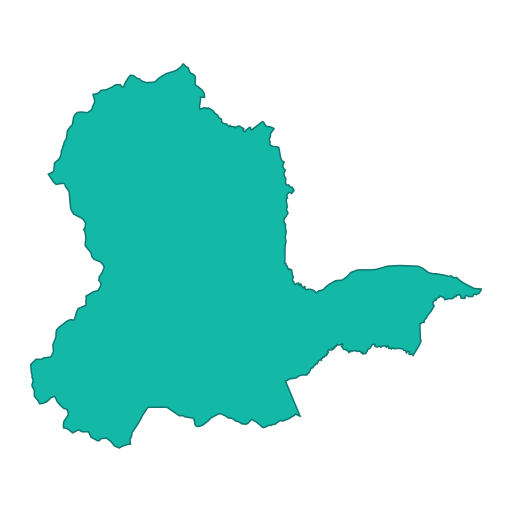 the district of Pablo Sexto, Morona Santiago, Ecuador
{"feature_id": "8360857B79368212574342", "entity_name": "Pablo Sexto", "entity_type": "district", "adm_level": 2, "iso_a3": "ECU", "parent_name": "Ecuador", "parent_adm1": "Morona Santiago", "projection": "natural_earth1", "projection_center": [-78.197, -1.841], "detail": "fine", "context": "isolated", "style": "filled", "palette": "teal", "viewbox_px": 512, "rotation_deg": 0, "n_neighbors": 0, "source": "geoboundaries", "source_scale": "gbopen_adm2", "svg_char_len": 5967}
<svg xmlns="http://www.w3.org/2000/svg" viewBox="0 0 512 512"><path d="M65.3,186.2L69.1,191.4L70.5,207.3L71.2,210.0L73.7,214.1L82.7,218.8L85.6,222.8L85.1,227.6L83.6,229.4L84.5,230.6L85.2,233.1L85.9,237.7L85.1,245.1L86.2,247.0L90.9,252.6L91.8,256.6L94.2,259.4L100.3,261.8L102.4,264.0L104.0,266.5L104.1,267.6L102.4,272.2L99.3,276.7L98.9,280.2L100.7,282.9L101.0,285.2L98.1,290.5L93.3,291.8L85.9,296.2L86.3,298.9L85.9,300.3L86.0,305.3L78.3,308.5L76.7,311.6L74.5,319.4L73.3,320.2L70.7,319.6L67.3,320.9L59.1,327.2L56.9,329.5L56.2,331.3L55.9,337.2L52.9,344.7L53.4,351.9L51.1,356.4L49.7,357.2L43.5,357.9L41.6,359.4L36.1,359.2L30.7,364.5L31.2,371.1L32.2,375.9L31.9,377.3L32.7,378.5L33.0,380.4L32.9,382.1L32.0,384.4L32.1,386.4L34.3,390.0L34.3,396.1L38.2,401.0L39.5,403.7L41.9,403.6L46.6,401.9L51.1,397.6L54.2,396.4L55.2,397.1L57.1,401.5L60.6,405.7L64.2,408.7L66.2,408.8L67.0,409.6L68.0,411.9L68.3,414.9L63.9,421.4L63.4,424.5L63.6,427.9L66.9,428.4L72.8,432.9L78.4,429.8L82.1,431.8L88.0,431.8L89.3,433.2L91.0,437.2L97.7,440.8L99.3,440.7L100.6,438.8L106.2,438.0L110.6,441.2L114.5,446.0L119.1,448.0L122.2,446.3L128.3,444.2L130.4,444.2L130.0,439.9L131.6,435.9L131.9,433.0L138.5,423.0L143.1,414.5L147.9,407.3L166.8,407.2L179.3,415.7L183.3,415.7L184.5,416.7L193.5,418.3L194.4,420.7L195.1,424.8L196.5,426.3L197.7,426.5L199.5,426.4L202.8,425.1L208.5,420.6L210.6,418.2L218.6,413.8L221.1,413.9L225.5,415.9L228.4,418.0L231.1,418.1L233.5,419.1L235.4,420.9L238.8,421.8L241.7,423.8L246.3,424.2L248.1,423.1L251.5,419.5L252.1,419.6L256.9,422.4L263.0,427.6L266.0,426.9L268.5,425.2L270.7,425.5L272.7,424.5L275.2,424.2L279.0,421.2L281.0,420.5L282.8,421.1L290.3,418.0L291.8,416.6L292.6,416.6L293.2,415.8L294.1,415.7L295.5,414.1L300.1,416.2L285.5,381.1L289.9,378.9L296.3,377.9L298.7,376.0L301.8,375.0L306.9,375.0L306.9,374.1L307.9,373.7L309.1,372.4L311.1,368.4L313.1,367.6L314.0,365.7L314.8,365.5L315.9,363.8L317.5,363.6L318.6,360.6L320.2,359.9L321.4,360.3L321.3,358.6L322.5,358.3L322.8,357.2L324.0,357.2L325.1,355.7L326.2,355.6L326.5,354.6L327.1,354.6L327.3,353.5L328.4,352.3L327.8,351.1L328.5,349.8L331.1,350.1L332.1,349.6L332.2,348.4L333.1,349.3L334.2,348.2L334.2,347.1L334.9,347.4L335.2,346.2L335.9,346.4L336.9,345.4L336.8,344.5L339.8,345.1L342.5,343.9L342.9,344.6L341.6,346.4L343.7,349.4L346.5,349.8L348.9,352.4L349.3,351.2L350.6,351.8L351.1,350.7L352.0,351.1L354.9,350.6L357.5,351.6L358.3,351.1L360.6,351.5L361.4,353.0L362.7,352.4L362.8,353.8L365.5,353.7L367.2,351.2L367.4,349.9L370.4,347.9L371.4,345.8L372.6,344.6L374.5,344.2L374.9,344.5L375.0,346.3L377.1,347.1L378.9,346.2L380.9,347.3L381.5,346.2L385.1,345.9L386.6,347.3L387.1,346.0L387.6,345.8L388.3,346.2L389.0,348.6L390.6,348.1L391.6,349.0L392.5,347.8L394.5,348.8L398.3,348.3L402.6,348.9L403.8,350.3L405.7,350.6L406.4,352.9L407.8,351.4L408.9,351.4L409.3,351.9L408.9,353.4L409.2,354.3L412.3,354.2L413.1,355.5L419.3,345.2L420.9,341.5L420.3,337.4L419.9,323.9L421.0,323.6L421.6,322.6L424.2,322.2L424.1,320.6L425.4,318.8L426.6,318.1L426.9,316.4L431.2,311.1L434.1,305.9L432.8,304.0L433.1,302.2L434.3,300.6L435.7,300.4L435.3,299.3L436.3,299.4L438.2,297.5L439.3,297.2L440.0,296.0L443.8,297.6L444.9,299.7L449.1,298.5L450.7,298.9L453.2,298.2L454.6,296.6L456.0,296.6L456.9,295.0L457.6,295.3L459.3,294.5L461.0,296.5L461.0,298.1L464.5,298.4L465.2,297.9L465.1,296.6L466.4,295.3L469.0,296.7L472.8,296.5L473.2,295.0L474.3,294.1L476.2,294.6L477.0,294.3L479.2,293.0L480.9,290.5L481.3,289.0L474.2,288.5L463.3,282.9L458.6,279.5L456.8,277.5L453.6,277.7L451.3,275.9L448.4,276.3L445.1,275.3L436.1,273.7L433.6,273.8L428.6,272.7L422.8,268.3L417.8,266.2L399.6,265.5L387.8,266.1L376.2,269.4L371.2,269.9L358.5,269.9L356.5,270.3L350.8,272.5L347.9,275.8L342.3,280.1L335.8,280.6L328.7,284.6L325.6,287.1L323.1,289.9L318.7,290.9L316.0,292.9L314.2,290.7L311.1,289.4L308.1,289.2L305.5,289.7L305.1,289.1L305.0,286.7L304.5,286.5L303.3,287.6L302.6,287.6L300.8,284.0L299.7,285.7L298.9,285.1L298.9,283.3L298.2,283.0L296.4,283.5L295.3,284.5L294.3,284.2L293.8,282.0L292.8,281.0L292.4,279.7L293.4,277.1L292.5,275.1L291.6,269.9L289.5,269.0L288.5,269.8L287.1,266.1L285.8,264.8L285.8,263.4L284.8,263.4L285.1,245.6L286.1,241.5L285.2,237.3L286.2,231.9L285.3,227.0L285.6,225.0L283.9,221.2L284.2,218.3L285.5,217.3L288.0,213.1L286.7,210.3L286.6,208.2L287.4,206.9L286.2,200.8L286.5,198.5L287.5,198.0L286.8,196.0L287.3,194.1L289.4,192.2L291.4,193.4L292.6,192.6L292.7,191.3L293.7,191.0L293.9,190.1L292.3,187.4L290.2,186.8L288.7,184.9L287.0,185.2L285.5,183.3L285.8,178.2L284.6,176.8L283.8,173.4L285.1,171.1L285.2,169.9L283.7,168.6L282.7,165.9L284.1,162.1L281.9,160.8L280.5,157.3L279.0,148.1L277.6,146.9L272.7,146.4L269.8,144.7L270.1,142.3L269.2,139.6L270.4,136.5L270.5,133.5L274.0,128.9L273.9,128.4L270.4,126.9L267.5,126.6L265.9,126.0L263.5,122.1L262.3,121.7L251.6,129.9L250.9,129.5L250.5,127.5L249.7,127.3L246.1,130.1L245.4,131.6L244.1,131.3L242.8,130.3L243.9,129.3L243.7,128.7L239.1,125.9L236.4,126.8L235.3,127.8L234.0,126.7L231.4,126.7L230.2,125.4L228.6,126.6L226.5,123.8L225.2,124.0L222.8,123.1L221.6,121.8L221.6,119.6L221.1,118.9L218.9,117.7L217.7,115.4L214.6,112.8L213.1,110.8L209.0,108.2L208.0,108.0L206.6,108.8L206.0,108.0L204.0,107.7L199.9,109.3L199.5,106.2L200.5,99.9L200.4,97.2L204.6,97.4L204.2,93.5L202.6,90.5L197.9,86.5L195.6,85.4L195.1,83.8L195.4,78.1L195.0,75.9L193.9,74.7L190.4,72.9L189.3,71.1L188.3,67.8L185.9,66.5L183.6,64.0L182.8,64.2L181.0,66.8L177.4,69.6L174.3,71.2L166.2,73.6L159.1,78.0L154.6,82.1L146.2,82.6L141.2,80.8L139.7,79.0L137.0,78.3L133.5,75.6L130.5,75.2L128.5,77.5L125.1,82.9L123.6,86.9L122.1,86.9L120.1,84.6L115.4,84.8L111.5,87.4L105.7,89.9L100.8,90.4L99.3,92.3L97.2,93.7L93.0,94.4L94.5,99.8L94.6,102.4L92.5,106.7L92.0,109.4L87.4,112.7L81.6,112.0L77.4,112.4L75.0,114.5L73.6,117.3L72.3,124.9L70.3,126.7L67.4,130.7L66.5,138.2L64.2,142.3L62.3,149.0L61.2,151.2L61.3,153.5L60.6,156.1L59.2,158.9L54.5,163.0L53.9,170.3L53.0,171.9L48.3,174.2L53.5,182.1L56.1,184.4L61.8,183.4L64.4,183.6L65.1,184.5L65.3,186.2Z" fill="#14b8a6" stroke="#0f766e" stroke-width="1.5"/></svg>